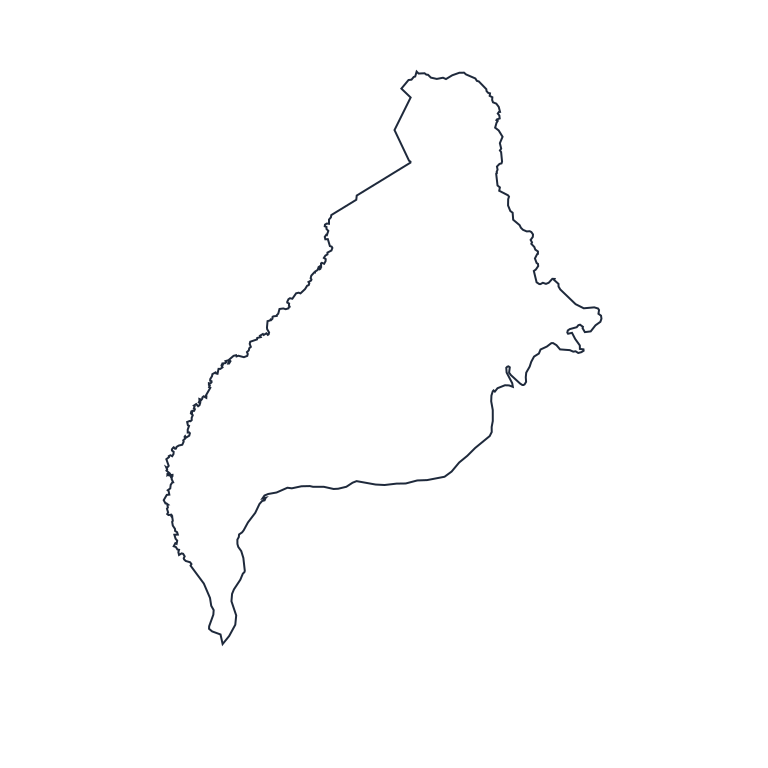 outline of Monte Caseros, Corrientes, Argentina, rotated 33°
{"feature_id": "61730980B11613530457142", "entity_name": "Monte Caseros", "entity_type": "district", "adm_level": 2, "iso_a3": "ARG", "parent_name": "Argentina", "parent_adm1": "Corrientes", "projection": "robinson", "projection_center": [-57.85, -30.275], "detail": "fine", "context": "isolated", "style": "outline", "palette": "slate", "viewbox_px": 768, "rotation_deg": 33, "n_neighbors": 0, "source": "geoboundaries", "source_scale": "gbopen_adm2", "svg_char_len": 6128}
<svg xmlns="http://www.w3.org/2000/svg" viewBox="0 0 768 768"><g transform="rotate(33 384 384)"><path d="M240.4,481.8L240.9,490.9L241.7,490.9L242.5,492.4L239.4,492.6L239.0,494.1L239.6,495.3L239.4,497.8L238.2,496.9L237.3,497.1L238.4,498.5L238.7,500.3L240.2,500.0L240.8,502.3L240.2,503.9L237.4,503.1L236.3,505.7L237.3,505.8L237.9,508.2L239.1,508.1L239.4,509.9L237.8,511.0L238.5,512.3L237.5,512.4L238.0,513.8L240.6,514.3L241.1,517.1L242.4,519.0L242.0,520.6L241.1,520.9L239.6,523.1L242.0,525.4L243.3,525.3L244.2,529.1L245.8,531.6L246.9,530.7L248.0,531.0L248.8,533.4L247.2,536.8L245.6,536.0L245.5,536.8L246.9,538.4L246.3,540.6L247.4,541.5L247.9,544.8L245.4,547.4L244.3,549.7L244.7,551.5L244.1,552.1L242.1,551.6L241.9,552.2L241.7,554.3L242.4,555.3L244.5,555.4L245.6,557.4L245.7,559.9L243.7,560.1L242.8,561.7L243.5,562.5L242.4,565.6L248.0,569.9L247.7,572.4L246.6,572.4L248.7,573.8L248.7,575.1L252.5,575.6L251.3,577.3L251.9,578.3L252.3,577.1L252.9,577.9L253.8,577.6L253.5,576.4L254.9,576.4L256.1,575.4L256.6,576.2L255.0,577.2L256.2,578.2L256.9,577.8L257.7,579.4L260.7,581.3L260.1,581.9L260.0,584.7L261.6,588.0L260.5,590.9L261.7,591.1L264.2,593.7L262.2,595.3L262.5,601.4L265.8,603.2L266.5,602.6L268.6,602.8L268.1,603.3L270.0,605.3L269.9,606.8L272.9,609.3L273.0,611.1L274.6,611.3L276.8,609.4L278.2,610.1L277.9,610.8L279.3,611.4L281.4,613.8L281.4,615.0L284.0,617.8L287.7,619.4L288.8,621.0L291.2,621.0L293.1,622.6L290.3,624.6L293.5,627.3L295.9,628.0L297.1,631.0L295.7,631.1L296.0,634.6L298.3,634.1L300.9,635.3L302.4,634.7L303.1,637.0L305.2,639.0L306.5,636.3L308.0,635.8L310.7,637.1L310.9,639.2L311.9,640.0L314.1,640.4L318.5,639.1L320.6,639.9L320.7,641.7L341.6,649.5L354.6,658.2L359.9,664.1L364.3,666.4L366.5,670.4L369.3,682.4L370.6,684.6L374.6,685.1L383.3,683.1L390.3,690.0L391.4,679.7L390.4,666.9L386.1,658.6L374.4,649.3L370.9,642.8L370.0,638.0L370.1,626.4L368.9,619.9L369.4,617.9L369.0,616.5L360.8,606.5L355.3,601.9L350.5,600.0L348.2,598.0L345.8,594.4L345.6,591.5L344.4,589.1L345.8,585.7L346.0,583.2L345.3,574.2L346.2,562.2L344.9,552.4L345.5,548.5L347.2,546.6L347.0,545.4L346.4,545.6L346.8,543.8L344.4,546.2L344.5,542.6L346.8,539.3L353.0,533.5L359.5,523.6L363.5,521.7L370.5,514.7L377.4,510.0L380.4,508.9L389.5,503.0L398.9,499.5L402.6,496.8L408.4,490.7L411.4,483.9L413.9,480.4L431.7,472.9L439.5,468.4L448.8,460.7L456.4,455.6L464.4,446.8L472.5,441.1L485.3,428.8L488.4,420.6L489.8,408.9L493.0,398.8L495.3,388.0L501.0,370.1L500.5,365.6L497.7,361.4L495.4,355.8L489.4,346.6L483.3,340.1L480.4,335.2L479.2,330.9L479.4,329.7L481.1,330.0L481.5,325.7L486.1,319.2L489.6,317.1L493.6,316.2L491.1,313.5L480.6,307.6L477.7,303.8L478.0,302.3L478.8,301.4L480.4,301.5L482.7,306.3L485.5,307.4L497.9,309.5L500.5,309.5L501.5,308.9L502.1,307.8L502.0,304.8L499.2,301.1L497.1,297.0L496.7,290.1L495.4,285.2L494.9,279.3L497.3,274.1L496.5,269.8L500.2,263.9L502.1,258.6L503.5,257.6L507.5,257.5L512.8,259.1L521.4,254.4L525.1,253.8L526.9,252.2L530.0,252.2L532.2,249.8L533.3,247.4L532.4,246.3L529.2,247.9L527.2,245.0L519.8,242.1L513.8,238.7L511.0,241.6L509.7,241.0L509.0,239.0L509.9,236.8L514.7,231.4L515.0,228.8L516.1,227.5L519.7,227.7L520.1,229.0L524.2,231.1L528.7,227.3L529.4,219.6L531.6,214.0L530.8,210.8L528.8,208.5L525.6,208.3L524.1,204.9L522.4,204.1L518.6,205.2L510.3,211.7L501.2,212.7L480.3,208.7L477.3,207.2L475.8,205.0L470.0,204.1L469.8,203.0L467.9,204.1L467.0,209.4L465.3,211.8L462.1,212.6L460.8,215.0L459.8,215.6L456.6,215.6L448.1,207.6L449.0,205.3L449.1,201.1L447.7,199.4L446.1,199.4L442.2,196.5L441.7,191.6L442.2,191.0L440.9,189.0L437.7,188.9L435.4,187.2L431.2,186.2L431.0,184.6L428.5,183.3L428.7,179.6L427.5,177.4L424.8,176.3L423.0,176.5L420.6,178.3L416.6,179.0L413.7,178.4L411.2,176.9L402.9,175.9L398.6,170.3L395.7,170.1L390.8,166.7L387.5,161.4L386.8,158.8L385.3,158.2L375.4,159.2L374.1,156.0L371.1,155.7L363.6,146.6L363.8,145.5L363.0,144.9L362.5,142.4L360.3,140.1L361.0,136.5L362.4,135.0L361.9,133.2L355.9,125.7L354.0,125.0L354.1,122.8L350.0,118.9L348.8,112.1L342.1,108.9L337.6,108.5L336.1,103.6L336.1,101.5L334.6,101.5L334.6,100.6L336.4,98.3L334.5,96.0L332.1,95.2L332.2,93.3L333.1,92.6L329.3,89.1L325.5,87.7L322.0,88.4L320.0,86.9L318.7,84.5L315.7,84.8L314.6,82.5L312.8,83.1L310.5,82.5L309.2,81.0L298.7,78.6L296.8,79.2L294.2,78.0L284.1,79.7L281.6,79.3L277.7,81.9L273.1,87.9L269.9,94.5L266.7,95.0L262.1,99.4L256.5,101.5L252.5,100.7L251.0,101.5L248.8,101.3L243.9,104.8L241.2,104.2L242.7,109.1L241.7,110.3L241.3,113.8L239.0,115.7L237.7,126.8L250.3,129.2L254.5,165.3L283.4,183.1L285.1,183.1L285.6,184.0L258.5,240.8L260.4,244.6L247.8,271.0L248.7,273.2L248.3,276.0L250.6,279.6L248.6,280.6L247.7,282.5L248.4,284.0L250.2,283.6L251.3,285.3L253.9,285.9L255.0,290.2L254.3,290.3L254.2,292.9L256.0,294.6L258.0,293.1L263.5,297.8L265.3,297.3L266.6,298.0L267.2,300.7L265.0,304.6L266.0,306.1L264.9,308.2L264.9,311.0L267.1,311.0L268.1,312.8L268.3,315.8L265.9,316.2L265.5,317.2L267.2,319.6L266.2,319.9L265.8,320.8L267.7,321.1L267.9,322.1L267.5,322.9L265.7,322.4L266.2,324.6L265.0,327.2L265.4,328.1L264.7,328.4L264.0,332.7L264.9,335.3L266.2,335.8L266.5,336.9L265.1,339.6L266.5,340.2L267.0,342.1L266.0,343.5L266.1,347.4L264.6,353.5L262.7,353.9L260.9,355.8L260.7,362.4L258.4,363.3L257.7,364.9L258.1,367.8L258.5,368.4L260.6,368.2L261.4,369.8L262.8,370.6L262.3,371.6L262.7,372.6L260.8,374.8L258.4,375.5L255.5,378.0L257.0,382.6L256.6,384.6L257.0,385.3L254.3,387.6L254.0,388.5L254.9,390.0L254.5,391.8L253.8,391.7L253.8,392.8L252.1,394.7L255.1,400.4L256.2,401.7L259.6,403.4L260.2,405.2L259.8,406.1L257.8,405.5L256.4,408.4L255.2,408.0L253.7,411.1L255.1,411.8L252.6,414.4L253.2,415.8L248.8,421.4L249.5,423.5L252.1,425.4L251.5,427.4L252.3,429.5L251.7,431.9L253.4,433.0L254.0,434.9L251.9,437.8L246.5,439.6L245.3,441.2L244.3,440.4L242.5,442.3L240.8,448.1L242.8,448.5L242.9,451.2L242.2,451.7L241.8,449.8L240.4,449.0L238.6,451.1L239.8,451.7L239.5,453.0L237.5,454.6L238.3,455.4L238.4,456.3L237.5,456.3L237.7,457.1L239.5,458.0L238.5,460.5L237.0,461.4L238.8,466.1L237.5,466.6L236.4,466.0L234.7,469.2L235.5,471.1L235.6,474.5L236.4,475.9L237.8,475.6L238.4,476.4L238.1,478.1L236.7,478.7L237.7,480.2L238.8,480.3L239.0,481.9L240.4,481.8Z" fill="none" stroke="#1e293b" stroke-width="2"/></g></svg>